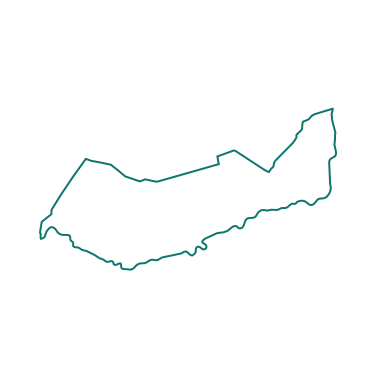 outline of Saint-Louis, rotated 164°
{"feature_id": "SEN-5517", "entity_name": "Saint-Louis", "entity_type": "Region", "adm_level": 1, "iso_a3": "SEN", "parent_name": "Senegal", "parent_adm1": "", "projection": "albers", "projection_center": [-15.156, 16.165], "detail": "fine", "context": "isolated", "style": "outline", "palette": "teal", "viewbox_px": 384, "rotation_deg": 164, "n_neighbors": 0, "source": "natural_earth", "source_scale": "10m", "svg_char_len": 3100}
<svg xmlns="http://www.w3.org/2000/svg" viewBox="0 0 384 384"><g transform="rotate(164 192 192)"><path d="M211.9,133.3L212.8,135.0L213.9,136.4L216.0,136.7L219.4,135.9L238.4,137.3L239.7,137.1L243.4,136.1L244.6,136.1L245.5,136.4L248.7,137.8L249.9,138.1L251.1,138.0L255.8,136.7L257.0,136.6L261.5,137.6L262.7,137.6L263.9,137.4L265.1,137.1L266.2,136.6L269.1,134.8L270.1,134.4L272.3,134.3L279.4,137.0L280.3,137.6L280.7,138.5L280.7,139.8L280.1,142.0L280.3,142.9L281.3,143.3L285.6,142.9L286.7,143.5L287.1,144.4L287.2,146.4L287.8,147.3L289.0,147.9L291.6,148.0L292.9,148.3L293.8,148.8L295.7,151.3L296.5,152.0L299.2,153.9L303.0,158.3L309.6,164.3L313.4,166.5L314.1,167.2L316.1,169.5L317.1,170.2L319.3,171.0L320.3,171.6L321.0,172.4L321.1,173.2L320.4,175.0L320.2,175.9L320.4,176.7L321.5,178.1L322.0,179.2L322.0,180.2L321.5,182.3L321.9,184.1L323.8,185.1L328.2,186.4L329.1,186.9L330.9,188.3L331.6,189.1L332.2,190.0L333.2,193.1L333.7,194.2L334.4,195.3L335.3,196.1L336.3,196.8L337.3,197.0L338.2,196.9L339.0,196.6L340.9,195.5L342.7,194.1L343.4,193.2L345.4,190.3L346.2,189.5L347.1,188.9L348.1,188.7L349.2,188.6L350.2,188.7L350.0,190.2L349.4,192.2L348.9,193.7L349.3,194.9L344.7,204.7L333.4,209.4L331.8,213.7L319.2,225.1L301.5,240.0L284.9,253.1L280.4,249.8L271.9,245.6L262.5,240.6L257.6,233.8L251.9,225.4L239.3,216.6L233.4,217.0L224.4,212.2L222.6,211.5L158.6,211.4L157.8,219.2L140.2,220.4L139.0,219.6L116.1,193.1L113.8,190.9L112.4,190.0L111.7,190.8L111.2,191.2L109.4,192.6L107.2,193.7L106.8,194.0L106.4,194.5L106.0,195.6L104.8,197.6L104.0,198.5L103.3,199.1L82.2,211.0L81.6,211.3L77.7,214.5L76.9,215.4L76.6,215.9L76.3,216.4L76.0,217.6L75.7,218.2L75.1,218.6L70.3,221.1L69.2,222.0L68.4,223.4L67.0,227.3L66.5,228.1L65.7,229.0L64.1,229.2L62.3,229.3L60.4,229.6L58.9,230.2L56.4,232.0L54.3,232.7L52.2,233.0L34.1,233.3L33.9,233.3L33.8,232.9L36.3,228.6L37.5,222.2L37.8,209.5L38.5,208.2L40.1,203.1L42.0,198.4L42.6,190.5L43.4,188.2L45.0,186.8L49.2,185.8L50.9,184.7L51.6,183.5L52.1,182.2L56.8,162.5L57.4,157.9L58.3,155.7L59.8,153.5L61.9,151.5L64.3,150.1L66.8,149.6L70.5,150.3L71.7,150.4L73.0,150.2L74.1,149.6L77.4,147.3L78.7,146.7L80.1,146.5L81.5,146.8L82.5,147.4L83.3,148.3L84.6,150.3L86.5,152.3L88.8,153.4L91.3,153.7L93.9,153.4L94.7,152.8L95.5,152.4L96.4,152.2L97.3,152.5L98.7,153.1L99.4,153.1L100.3,153.0L104.7,151.0L106.3,150.8L110.2,151.8L111.1,151.8L113.8,151.3L115.6,151.4L120.7,153.1L124.3,153.3L125.2,153.6L127.8,154.8L129.6,155.3L131.3,155.2L133.0,154.6L134.5,153.7L137.0,151.4L138.3,150.6L140.0,150.3L144.8,151.3L146.4,151.2L147.7,150.5L148.8,149.5L151.5,145.6L152.9,144.3L154.5,143.6L156.2,143.8L157.3,144.6L157.9,145.8L158.7,146.9L160.0,147.5L161.7,147.5L163.2,147.1L167.9,145.1L169.7,144.7L173.3,144.6L178.5,145.5L180.3,145.4L192.3,143.5L194.6,142.6L195.4,142.1L195.8,141.5L195.9,140.6L195.5,139.9L193.7,138.1L193.1,136.5L193.3,135.0L194.2,133.9L195.8,133.4L197.4,133.9L198.4,135.1L199.3,136.4L200.5,137.5L201.3,137.8L202.1,137.7L202.9,137.4L203.6,136.8L204.1,136.1L204.4,135.4L204.7,133.7L205.5,132.7L206.6,131.9L209.1,130.9L210.4,131.5L211.8,133.1L211.9,133.3Z" fill="none" stroke="#0f766e" stroke-width="2"/></g></svg>